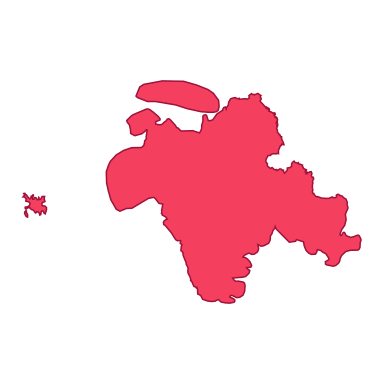 the district of Bua, Northern, Fiji
{"feature_id": "14151628B59272471160482", "entity_name": "Bua", "entity_type": "district", "adm_level": 2, "iso_a3": "FJI", "parent_name": "Fiji", "parent_adm1": "Northern", "projection": "natural_earth1", "projection_center": [178.732, -16.793], "detail": "fine", "context": "isolated", "style": "filled", "palette": "rose", "viewbox_px": 384, "rotation_deg": 0, "n_neighbors": 0, "source": "geoboundaries", "source_scale": "gbopen_adm2", "svg_char_len": 6029}
<svg xmlns="http://www.w3.org/2000/svg" viewBox="0 0 384 384"><path d="M311.2,171.6L309.7,171.9L309.2,172.5L307.3,172.2L307.0,173.8L305.9,173.8L306.3,172.8L305.9,171.4L305.2,171.6L305.3,171.0L306.0,170.9L306.5,169.8L303.7,168.6L302.3,165.7L302.5,165.1L300.0,164.1L299.1,164.3L298.3,162.6L297.5,163.3L294.5,162.0L294.0,161.1L292.4,162.4L291.5,164.0L291.7,166.2L290.1,167.5L287.3,168.0L287.3,170.1L284.5,173.2L283.4,171.2L283.5,170.2L282.3,170.4L282.1,169.7L281.2,169.1L279.8,168.9L277.1,170.6L276.6,169.5L274.6,169.8L272.1,167.5L270.5,168.4L267.7,166.3L267.3,165.7L267.4,163.6L266.2,162.4L265.8,160.1L267.9,155.7L270.5,155.4L271.3,154.4L273.2,153.7L276.1,153.9L277.5,153.4L278.5,153.7L278.5,150.1L279.7,147.9L279.7,146.7L281.2,145.5L281.3,144.6L281.9,144.0L282.7,144.7L284.0,144.7L283.2,142.3L281.7,139.2L281.7,137.9L281.3,137.6L281.6,136.8L280.5,136.5L280.3,135.2L279.4,135.0L279.0,133.9L277.4,132.1L277.4,130.0L276.6,128.8L277.3,126.4L276.9,126.3L276.7,125.7L276.9,125.1L277.7,125.1L277.7,124.1L277.3,123.2L276.2,123.1L276.6,121.8L277.3,121.9L277.2,120.4L277.6,120.0L277.1,118.4L276.6,118.2L276.8,117.4L275.9,116.9L275.3,117.5L274.6,116.2L274.8,115.2L274.2,115.1L274.3,114.7L275.3,114.3L274.8,112.9L273.9,112.8L273.2,113.5L271.8,112.2L268.8,111.1L269.2,110.3L268.4,109.6L269.4,109.5L269.1,108.6L267.4,107.6L266.7,108.5L266.5,108.4L266.6,107.6L266.0,107.6L266.1,106.9L265.4,106.9L260.4,101.6L260.0,101.1L261.2,99.2L261.1,98.1L260.4,97.8L260.5,95.8L260.9,95.6L257.9,93.4L254.3,94.9L254.0,94.4L252.3,94.4L251.5,93.6L248.9,95.6L249.3,97.9L247.2,99.3L245.4,98.6L239.6,99.3L239.3,98.3L237.5,98.8L235.6,97.7L234.2,97.7L230.7,98.7L228.8,101.8L228.2,105.2L226.6,107.6L226.2,109.0L225.5,107.0L223.8,107.5L222.9,109.0L222.9,110.0L216.9,114.0L212.7,119.9L209.5,120.8L208.2,120.4L206.7,115.7L205.7,114.7L203.5,115.3L202.9,116.2L202.9,121.3L201.7,125.3L201.7,128.1L201.1,130.0L199.6,132.9L192.9,130.7L181.0,131.0L178.0,128.0L176.6,127.5L175.4,125.4L170.4,119.8L168.9,118.7L167.3,119.1L165.8,121.2L164.5,121.9L162.0,124.4L159.6,124.8L155.7,124.1L155.7,121.7L160.0,120.0L160.1,118.9L158.2,116.4L153.2,112.1L149.8,109.6L148.3,109.0L146.5,109.0L133.1,114.7L131.1,116.1L126.8,120.4L127.0,121.8L129.5,125.2L130.5,129.8L130.7,133.5L134.8,135.7L141.8,133.8L145.1,131.3L146.4,129.7L147.2,130.1L146.1,137.1L146.5,138.4L144.6,141.0L144.5,143.4L144.0,144.0L144.0,145.2L141.5,147.5L131.6,147.7L123.7,150.4L116.2,155.0L110.4,161.3L108.3,165.7L106.3,171.8L106.6,183.0L108.3,190.7L110.8,199.7L116.3,209.3L119.9,211.2L126.4,208.5L132.0,208.2L148.4,198.4L153.1,197.5L154.2,197.6L155.2,198.5L159.0,203.4L162.8,204.1L161.6,210.6L161.8,212.3L161.4,213.4L162.0,213.9L162.2,215.0L165.8,217.0L167.3,219.2L166.0,219.4L164.1,221.0L163.4,222.2L163.7,224.6L165.1,225.3L171.5,233.0L175.6,239.6L177.2,240.7L180.7,240.6L180.2,243.3L181.7,244.4L181.4,244.6L181.8,245.6L181.2,246.9L180.9,250.7L182.7,252.0L183.3,255.8L186.1,262.7L186.3,264.5L187.5,266.6L188.1,268.5L187.8,271.6L188.1,273.2L190.0,276.9L190.9,280.1L190.6,280.6L191.9,281.8L193.9,286.4L196.3,287.3L197.3,286.9L196.4,288.0L197.5,288.9L197.7,294.0L200.6,295.4L202.7,299.3L207.9,301.1L212.0,301.5L215.0,301.2L218.2,299.5L221.2,302.1L225.6,302.9L230.0,303.1L234.0,302.3L234.8,301.3L234.8,299.9L233.6,298.8L229.8,297.0L230.7,295.4L232.0,295.4L236.8,297.7L239.8,297.3L243.0,295.2L244.6,291.5L245.1,285.9L244.6,283.3L243.4,282.1L238.3,281.1L235.7,281.3L234.1,280.1L232.7,278.0L242.9,277.2L245.8,276.4L249.0,273.2L249.8,270.4L247.3,268.8L246.6,267.6L250.7,267.3L251.6,265.8L251.4,264.8L250.0,261.8L247.5,259.0L245.5,257.7L242.9,257.1L244.4,255.3L248.3,253.3L249.3,253.2L251.6,254.4L253.3,254.3L254.6,254.0L257.5,251.9L258.5,249.6L258.6,247.9L257.8,244.5L261.0,246.2L263.8,245.8L268.6,243.3L270.2,240.1L270.4,236.1L271.9,233.8L272.9,230.7L274.9,228.0L275.2,226.6L276.1,228.9L289.3,242.2L295.6,241.3L296.5,239.6L303.5,241.8L304.2,245.8L306.0,250.3L308.5,253.0L311.3,254.4L315.4,254.2L316.8,252.0L317.2,249.7L320.6,250.4L322.9,252.3L325.9,253.7L328.8,258.3L328.8,259.4L327.7,260.4L325.3,261.7L325.5,264.1L326.7,264.9L333.1,266.2L335.7,265.5L338.4,263.3L339.6,261.4L340.2,258.4L341.7,255.4L345.8,251.5L350.4,250.3L357.3,250.1L358.4,249.9L359.4,248.8L360.0,247.2L360.2,242.2L360.7,241.6L361.0,239.4L359.4,236.0L358.6,235.2L356.7,235.4L354.1,236.6L350.7,237.4L346.7,235.9L345.8,235.0L344.6,232.5L343.7,232.3L342.7,233.1L341.7,235.2L340.7,235.6L340.1,234.8L340.1,233.7L341.7,229.7L344.7,225.3L346.1,219.9L345.4,214.1L347.9,208.4L347.9,207.5L347.0,204.1L347.3,202.4L346.0,199.1L343.5,197.6L342.1,196.0L340.8,195.8L338.5,194.4L337.6,194.3L336.3,195.1L336.5,196.6L335.8,197.6L333.1,197.6L332.3,196.9L328.9,198.3L326.9,198.4L321.6,198.1L317.7,196.6L317.3,196.9L315.8,196.4L314.1,194.4L313.8,193.4L312.9,193.4L312.6,192.7L312.4,191.6L312.9,190.2L312.4,188.3L312.4,185.1L312.9,182.8L312.5,182.0L312.9,180.1L313.7,179.0L313.3,177.3L312.2,177.3L311.3,175.1L312.0,173.6L311.2,171.6ZM216.4,111.7L218.2,110.3L219.1,106.5L218.6,100.4L213.3,93.2L207.9,89.5L196.5,85.0L183.6,81.3L162.3,80.9L143.7,84.4L139.7,87.0L136.0,96.1L137.5,97.6L147.4,101.5L155.4,101.5L175.6,104.9L187.0,108.6L200.9,111.7L209.1,112.3L213.3,112.3L216.4,111.7ZM24.9,193.3L23.7,193.5L24.7,194.9L23.0,196.9L24.4,197.0L26.1,198.7L25.8,201.2L28.7,201.9L29.5,202.4L29.9,203.3L29.8,205.0L28.7,206.1L27.3,206.8L25.2,207.1L25.1,208.1L25.6,209.0L26.4,209.0L27.7,207.8L29.7,207.5L30.1,208.4L31.6,209.6L33.4,210.1L35.4,213.0L35.8,213.0L36.8,211.7L38.2,212.1L39.4,213.4L39.8,215.1L40.8,214.6L41.2,211.8L42.2,210.9L43.4,211.3L43.9,213.0L45.2,213.9L46.5,209.8L46.5,207.6L44.9,206.0L42.4,205.8L41.9,204.8L42.1,202.8L45.0,201.5L44.2,199.1L44.6,196.4L42.1,196.5L40.9,198.8L39.8,199.7L39.0,199.0L39.0,197.5L38.7,197.3L38.5,199.1L37.3,199.9L35.9,197.7L34.6,197.6L33.9,199.1L32.7,199.2L32.5,197.7L33.4,195.9L33.3,194.9L32.9,194.9L31.6,196.3L31.1,196.3L30.8,198.3L30.0,198.9L28.1,197.4L26.5,194.9L25.6,194.6L24.9,193.3ZM27.6,217.1L27.6,214.5L26.4,212.5L26.4,210.9L25.9,210.7L24.7,212.0L24.6,213.4L25.8,216.0L27.2,217.1L27.6,217.1Z" fill="#f43f5e" stroke="#9f1239" stroke-width="1.5"/></svg>